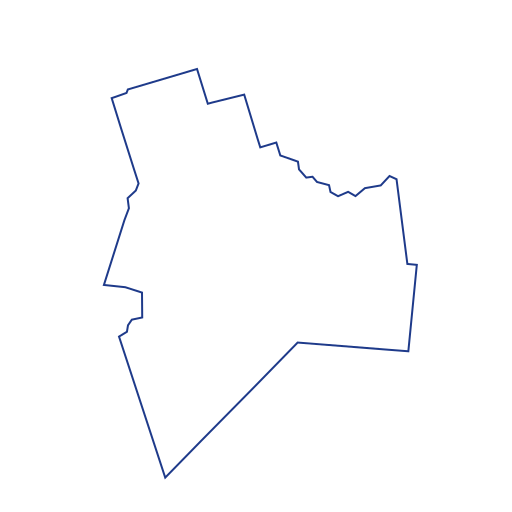 Oneida, New York, United States of America, rotated 167°
{"feature_id": "52423323B85442507940743", "entity_name": "Oneida", "entity_type": "district", "adm_level": 2, "iso_a3": "USA", "parent_name": "United States of America", "parent_adm1": "New York", "projection": "orthographic", "projection_center": [-75.461, 43.239], "detail": "fine", "context": "isolated", "style": "outline", "palette": "blue", "viewbox_px": 512, "rotation_deg": 167, "n_neighbors": 0, "source": "geoboundaries", "source_scale": "gbopen_adm2", "svg_char_len": 764}
<svg xmlns="http://www.w3.org/2000/svg" viewBox="0 0 512 512"><g transform="rotate(167 256 256)"><path d="M151.0,135.8L129.0,128.9L101.3,211.2L110.3,214.2L101.8,299.2L107.9,303.9L118.6,296.7L134.6,297.6L145.6,292.0L151.8,297.8L162.6,295.8L169.0,301.6L168.9,308.6L179.9,314.4L183.1,320.5L189.4,321.1L194.6,330.7L193.9,338.5L209.7,348.5L210.7,362.0L227.4,360.9L228.1,369.9L231.2,415.9L264.0,415.4L268.7,415.2L271.4,451.5L343.4,447.1L345.5,444.0L357.0,442.7L361.1,442.3L358.8,411.2L355.4,368.5L354.1,353.1L358.4,346.8L368.1,341.2L369.1,331.1L376.1,320.6L410.7,262.0L390.4,255.0L375.3,246.0L380.7,221.7L391.3,221.9L396.3,217.3L398.8,211.2L407.6,208.3L394.3,60.5L351.1,88.2L288.2,128.1L234.9,162.3L151.0,135.8Z" fill="none" stroke="#1e3a8a" stroke-width="2"/></g></svg>